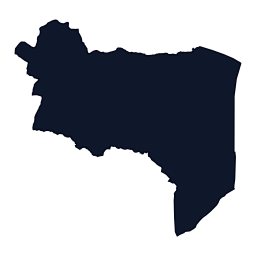 Njombe, Njombe, United Republic of Tanzania (Mercator projection)
{"feature_id": "72390352B62498272724852", "entity_name": "Njombe", "entity_type": "district", "adm_level": 2, "iso_a3": "TZA", "parent_name": "United Republic of Tanzania", "parent_adm1": "Njombe", "projection": "mercator", "projection_center": [35.063, -9.284], "detail": "fine", "context": "isolated", "style": "filled", "palette": "ink", "viewbox_px": 256, "rotation_deg": 0, "n_neighbors": 0, "source": "geoboundaries", "source_scale": "gbopen_adm2", "svg_char_len": 5595}
<svg xmlns="http://www.w3.org/2000/svg" viewBox="0 0 256 256"><path d="M122.9,49.4L122.2,48.8L120.7,48.3L118.1,48.2L117.3,48.7L116.7,50.1L115.9,50.8L113.9,51.5L111.3,52.2L110.3,52.4L108.7,53.0L107.5,53.2L105.3,53.3L103.8,52.9L103.4,52.5L100.8,52.8L96.9,50.7L95.6,50.8L93.8,51.3L92.8,51.8L90.9,53.1L89.3,53.9L88.4,53.6L88.1,53.7L87.8,53.5L87.0,51.1L86.8,49.6L86.5,49.0L86.7,48.8L85.9,47.5L84.8,45.8L84.2,45.0L83.5,44.3L83.8,44.0L83.6,43.1L82.1,42.6L81.6,41.3L81.4,39.7L81.1,38.2L80.0,35.8L78.1,32.4L78.0,29.5L76.8,29.5L75.9,29.7L73.4,29.5L71.6,29.6L70.3,29.2L69.3,28.4L68.4,27.3L68.1,26.6L68.0,26.0L68.3,24.0L68.2,22.9L67.8,22.6L66.8,22.7L63.8,24.0L61.9,23.8L60.2,23.3L59.3,22.8L58.4,22.2L57.6,21.1L56.9,20.6L56.0,20.3L55.2,20.3L54.2,20.5L51.6,21.4L50.3,22.2L48.5,22.9L47.8,23.4L47.3,24.1L46.9,24.6L46.5,24.9L46.1,25.1L45.7,25.5L43.6,26.5L41.8,27.1L40.9,27.6L40.3,28.2L39.9,28.9L39.9,29.3L40.5,30.9L40.5,32.5L40.1,34.6L39.2,35.9L38.5,36.4L38.0,37.0L37.6,39.2L37.8,40.5L37.3,42.9L36.8,44.1L36.0,46.7L34.0,48.0L31.4,47.2L29.5,45.7L26.8,44.0L24.7,42.4L21.5,42.2L20.1,43.2L18.1,45.6L15.7,48.7L15.4,51.9L15.4,53.6L15.8,53.6L17.4,54.1L17.9,54.6L18.4,55.5L19.3,56.4L20.4,56.8L24.5,59.9L27.9,61.8L28.7,62.6L28.1,64.8L27.9,66.2L27.2,68.5L27.4,68.5L27.9,69.8L27.3,72.7L27.4,73.6L28.6,73.7L29.1,74.4L29.0,74.6L29.8,75.2L31.5,75.3L32.3,75.5L33.3,76.0L34.2,77.4L34.5,77.7L35.5,77.8L39.4,79.1L38.4,80.5L38.0,81.5L37.6,81.5L35.9,83.0L34.5,84.9L34.6,86.1L34.0,87.2L33.4,89.4L33.2,92.1L32.6,93.3L32.6,94.8L34.5,94.5L37.1,94.5L41.1,95.7L41.7,96.0L42.2,96.6L42.3,97.1L42.4,98.8L41.3,102.7L41.4,103.9L41.1,104.7L39.5,107.3L39.3,108.4L38.2,110.4L35.8,115.2L35.4,116.4L35.0,117.3L35.2,118.2L34.9,120.8L35.0,121.4L34.5,122.4L34.1,123.7L33.6,124.4L33.6,125.0L33.1,127.6L33.2,129.0L33.4,129.5L33.7,129.5L34.1,129.3L34.9,129.3L36.2,129.7L36.9,130.1L37.7,129.7L39.0,129.5L40.2,129.6L40.7,130.2L41.3,130.4L42.0,130.4L42.7,130.3L43.5,131.1L44.1,131.1L44.8,130.8L45.4,130.4L48.1,130.2L49.4,130.5L50.2,131.0L50.7,131.1L51.9,131.0L52.4,131.1L53.4,131.8L53.9,132.5L54.9,132.8L56.6,133.5L57.3,134.2L58.1,133.9L59.2,133.3L61.0,133.4L61.9,133.6L62.5,133.6L62.9,133.8L63.6,134.3L63.8,134.8L64.9,135.9L65.3,136.1L65.8,136.0L66.2,136.1L66.4,136.5L67.8,136.8L68.7,136.8L69.6,136.2L69.9,136.3L70.3,136.8L70.7,136.8L71.5,138.0L71.6,138.4L73.4,140.5L74.5,141.0L75.1,141.5L75.5,142.7L75.6,143.3L76.3,143.4L76.6,143.6L76.7,144.0L76.5,145.2L75.6,145.7L75.8,146.5L76.1,146.8L77.2,147.5L78.4,148.1L79.8,149.1L80.0,148.8L81.0,148.5L81.1,148.1L81.7,147.4L82.2,147.5L82.9,147.1L83.6,147.2L83.8,147.0L84.4,146.9L85.3,147.5L85.7,147.7L86.4,147.2L86.7,148.4L88.0,148.8L88.2,149.2L89.3,150.2L89.6,150.3L90.1,150.4L90.5,150.8L90.3,151.0L90.7,151.6L91.1,151.8L91.3,152.4L92.0,152.4L92.3,153.1L92.2,153.8L92.9,154.6L93.4,155.0L94.0,155.2L94.8,155.2L95.3,154.8L95.6,154.9L96.2,155.7L96.9,155.7L97.5,155.9L97.8,156.3L99.7,155.6L100.9,155.4L102.0,155.3L102.8,155.0L102.9,153.9L103.2,152.3L104.8,150.1L105.4,149.3L106.3,148.9L106.9,148.5L107.4,148.5L107.4,148.2L109.2,148.7L109.7,148.6L109.7,148.4L109.4,147.9L109.5,147.3L110.1,147.1L110.2,146.6L110.6,146.1L111.8,145.5L113.2,146.2L115.1,145.9L115.9,146.3L116.6,147.3L117.7,147.9L118.4,148.2L119.1,148.1L120.3,147.5L121.1,147.5L122.7,148.4L123.7,148.8L125.2,149.0L127.8,148.4L130.3,149.1L132.2,149.1L132.5,149.2L133.9,151.1L134.9,151.9L136.4,151.9L137.3,151.7L138.2,151.3L139.1,151.1L139.7,151.2L140.1,151.5L140.4,152.8L141.4,152.7L142.0,153.6L142.4,153.7L142.8,153.7L143.6,152.8L143.9,152.2L144.6,151.9L145.1,151.8L146.0,152.5L146.4,152.5L146.6,152.3L146.7,151.8L147.6,151.9L148.5,152.1L148.9,152.9L148.6,153.7L148.6,154.9L148.8,156.2L149.3,156.3L150.6,157.3L151.5,158.7L151.9,159.6L155.7,162.5L156.5,163.4L157.4,164.2L159.3,165.5L160.3,166.0L161.0,166.2L161.5,166.6L162.3,168.0L161.7,171.5L164.5,173.0L167.0,174.6L167.5,175.4L168.6,176.5L169.3,177.4L170.6,178.4L170.6,179.2L169.4,180.1L168.8,181.1L170.5,181.5L172.5,182.7L173.0,182.7L173.7,182.6L174.9,183.0L175.8,184.0L176.5,184.9L176.8,185.1L177.2,185.9L177.2,187.3L176.7,188.1L177.1,189.1L176.8,190.2L176.8,190.8L176.6,191.1L175.8,191.7L174.6,193.5L174.8,196.0L174.4,200.4L174.8,217.8L175.5,230.0L175.6,231.9L177.3,235.7L179.7,234.2L183.9,232.4L184.9,231.3L186.0,231.1L189.7,230.7L193.5,228.4L195.2,227.0L196.1,224.5L199.9,219.9L202.6,217.2L205.8,214.9L209.7,211.6L212.0,209.4L216.5,204.8L217.9,202.5L218.7,200.5L219.6,198.9L221.5,197.1L224.3,195.7L225.9,193.6L232.7,189.6L234.0,188.8L233.4,187.6L233.7,186.9L233.6,186.1L233.8,184.8L234.5,179.5L235.2,156.8L234.7,152.4L233.8,152.4L233.9,96.1L236.1,78.8L240.6,63.5L240.0,62.8L238.2,61.9L233.2,58.9L223.4,54.7L211.9,50.6L199.9,46.9L199.3,47.1L198.8,47.6L196.7,47.9L196.0,48.5L195.4,49.5L194.2,49.4L193.2,48.6L192.7,49.2L193.3,49.8L193.0,50.9L192.4,51.8L191.5,52.2L189.9,52.4L187.4,52.4L186.3,52.5L185.6,52.7L185.0,52.7L184.2,52.5L183.6,52.5L183.0,52.4L182.4,52.8L181.0,52.2L180.4,52.1L180.2,52.5L179.6,52.6L179.3,52.8L178.7,52.8L178.4,53.0L178.2,53.4L177.5,53.5L177.6,54.3L177.2,54.8L175.5,54.9L174.3,54.7L173.9,54.5L173.6,54.7L173.2,54.5L172.6,54.3L172.3,54.5L171.5,54.7L168.9,54.7L168.1,54.6L167.2,53.7L166.5,53.5L166.0,53.5L165.2,53.5L163.4,53.9L162.0,53.8L161.5,54.1L160.9,54.1L160.5,53.9L159.7,54.0L159.3,53.9L158.7,54.0L157.9,54.4L156.8,54.3L155.2,55.1L153.6,55.3L152.3,55.3L151.6,55.6L149.8,55.6L148.9,55.8L145.7,55.6L144.4,54.3L143.9,54.4L142.8,54.2L142.0,54.0L140.9,53.5L139.8,53.4L137.8,53.6L136.9,53.2L135.9,52.9L134.9,53.0L133.1,53.0L132.2,52.6L131.7,52.5L130.8,52.9L129.0,52.7L128.3,52.6L127.8,52.0L126.0,51.3L125.4,50.6L122.9,49.4Z" fill="#0f172a" stroke="#020617" stroke-width="1.5"/></svg>